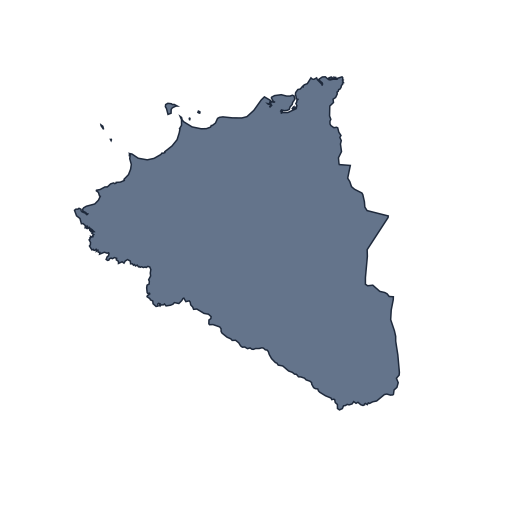 Macomia, Cabo Delgado, Mozambique, rotated 247°
{"feature_id": "85939544B2345621089228", "entity_name": "Macomia", "entity_type": "district", "adm_level": 2, "iso_a3": "MOZ", "parent_name": "Mozambique", "parent_adm1": "Cabo Delgado", "projection": "albers", "projection_center": [40.255, -12.036], "detail": "fine", "context": "isolated", "style": "filled", "palette": "slate", "viewbox_px": 512, "rotation_deg": 247, "n_neighbors": 0, "source": "geoboundaries", "source_scale": "gbopen_adm2", "svg_char_len": 6142}
<svg xmlns="http://www.w3.org/2000/svg" viewBox="0 0 512 512"><g transform="rotate(247 256 256)"><path d="M381.3,404.3L383.5,404.1L383.9,405.1L384.6,404.7L386.1,405.5L387.3,405.2L387.9,398.5L387.0,400.6L387.1,399.4L388.6,396.0L389.1,393.0L390.0,391.8L393.9,389.8L394.9,387.0L394.1,383.0L392.3,383.2L389.7,384.6L388.3,384.5L387.0,383.4L388.2,383.8L394.2,381.4L396.3,381.4L396.0,378.3L396.9,376.9L398.5,376.2L394.6,370.6L394.7,367.4L394.3,366.1L393.3,365.5L393.9,365.0L392.4,362.0L392.9,359.6L391.0,356.4L389.5,355.5L384.9,354.7L384.1,355.1L383.8,356.4L383.3,354.5L381.6,353.5L380.9,352.3L378.5,352.4L375.9,350.6L375.6,341.3L377.4,337.0L379.7,336.4L379.5,336.0L377.8,336.3L377.5,335.4L377.9,335.1L378.4,335.9L379.7,335.3L380.5,336.5L378.7,338.9L377.9,341.5L377.9,343.8L379.9,345.6L381.4,348.6L382.9,349.6L385.2,353.0L388.5,353.6L389.8,352.3L389.9,349.9L391.3,346.6L394.6,342.3L396.4,335.8L396.1,332.4L395.5,331.9L391.4,332.4L390.2,333.7L390.9,331.9L392.2,330.7L390.6,328.9L388.5,329.3L387.7,327.2L388.2,327.1L388.7,328.3L390.2,328.1L390.9,326.6L391.8,326.2L390.8,327.7L393.6,330.1L399.2,325.9L397.6,321.8L390.9,310.9L387.8,302.1L388.6,296.9L392.4,288.2L397.0,279.9L397.9,276.6L397.7,274.4L394.2,270.6L393.2,266.7L393.6,265.8L392.4,264.5L392.6,260.1L394.5,255.3L399.8,247.6L407.8,241.9L410.3,241.2L412.6,241.6L414.1,240.7L410.6,240.7L405.4,238.5L403.1,235.4L402.7,235.7L399.3,233.4L393.9,228.8L390.1,221.7L387.7,212.8L386.8,212.6L386.9,210.5L387.5,209.7L386.6,208.0L385.7,200.3L387.0,193.5L392.0,185.8L398.3,181.7L399.7,179.7L398.5,179.9L398.1,179.4L398.8,179.1L397.8,178.6L397.3,179.2L394.9,177.8L389.0,177.0L384.9,174.5L380.7,170.4L378.2,164.5L377.0,164.3L377.0,159.9L378.4,156.1L377.8,155.7L377.8,154.3L378.9,153.4L379.2,150.4L377.7,146.2L378.6,143.9L378.1,138.4L378.9,134.9L378.4,134.5L376.1,135.8L372.5,135.4L371.8,136.0L368.9,132.7L366.9,127.9L368.1,119.3L367.7,116.2L366.7,114.6L364.9,114.3L362.5,116.3L361.0,116.6L360.5,117.6L360.1,117.1L360.3,116.2L362.0,115.8L364.5,113.2L365.9,112.7L367.5,113.1L369.1,111.7L368.7,110.3L369.5,108.6L369.0,106.8L363.1,106.5L359.3,108.6L353.9,107.9L353.4,109.5L350.6,110.8L348.7,109.7L348.4,110.5L349.6,111.1L349.5,112.3L348.6,112.4L348.4,111.3L347.5,111.0L347.0,111.8L347.3,113.7L344.7,113.1L344.7,113.6L346.2,114.2L344.4,115.3L343.9,113.5L342.8,113.6L342.5,114.2L343.6,115.6L341.6,116.5L341.9,114.9L341.0,113.8L339.0,115.0L338.5,113.6L337.5,113.5L337.7,112.3L338.7,111.4L337.6,111.1L337.6,110.2L336.6,110.0L336.1,108.7L333.2,109.0L331.0,107.9L330.3,106.6L325.7,107.3L325.7,108.8L324.6,109.0L324.2,109.8L324.7,111.5L324.0,111.7L322.7,110.9L323.0,112.7L321.2,112.3L320.3,113.7L318.8,112.7L318.7,117.9L316.7,120.1L316.6,121.6L315.6,121.6L313.8,120.3L313.5,118.8L311.4,116.7L309.9,117.7L309.7,118.9L310.7,120.1L310.7,121.8L309.6,122.8L309.9,125.0L308.3,126.8L307.1,125.9L304.8,127.3L302.9,126.5L303.0,130.5L301.0,131.7L302.5,133.7L302.9,136.4L300.4,138.3L297.8,137.5L297.1,139.2L295.4,139.6L295.6,140.8L293.9,141.2L294.0,143.1L291.9,143.6L291.7,144.7L290.9,144.9L290.8,146.5L289.4,147.8L289.2,149.6L288.3,150.4L288.7,152.4L287.4,153.9L284.6,153.9L281.6,152.0L278.8,151.2L276.1,147.9L274.3,147.9L272.0,146.7L271.7,144.3L269.4,142.9L264.8,141.5L263.9,141.7L263.4,143.4L262.6,143.4L261.9,140.5L261.1,139.8L258.3,141.6L256.8,141.7L255.0,143.4L252.3,142.6L248.6,144.3L248.2,146.2L250.2,146.8L250.5,147.9L249.5,149.0L248.4,147.9L247.4,148.1L248.1,149.4L247.2,151.7L247.6,153.0L245.2,153.7L244.1,158.1L244.1,160.8L245.0,162.7L242.4,166.4L244.0,170.3L245.4,172.1L245.4,173.1L241.4,173.6L240.8,177.0L239.3,177.4L236.5,176.8L233.7,177.8L231.3,177.7L230.3,180.8L223.5,185.7L221.0,189.5L217.7,191.0L216.0,189.9L215.5,187.7L212.0,186.1L210.9,186.4L209.7,189.6L204.9,194.9L202.7,195.4L200.1,194.4L198.2,194.6L192.6,197.6L189.6,200.4L187.6,201.1L186.4,204.3L182.8,206.2L179.3,206.7L177.4,207.8L176.6,210.1L174.0,212.0L173.7,214.6L171.8,215.8L171.1,217.1L171.0,219.5L169.6,222.7L169.2,225.6L168.2,226.9L166.0,227.9L165.1,229.4L163.3,230.0L160.2,229.7L155.5,230.2L150.3,232.2L149.2,233.4L146.9,233.8L144.4,237.6L137.4,241.1L134.7,244.0L132.2,245.3L131.3,247.0L128.2,247.9L127.2,250.0L124.6,252.9L122.4,253.7L119.7,256.7L117.8,257.7L116.3,257.2L112.3,257.6L110.7,258.8L109.5,260.9L107.4,260.8L105.6,261.5L100.1,265.4L96.0,269.5L94.2,269.6L93.8,271.6L93.1,272.3L90.1,271.7L87.5,272.9L83.8,271.4L81.7,272.7L81.8,275.9L83.9,278.0L83.4,279.9L83.8,281.9L82.6,283.5L82.3,286.7L83.8,289.1L81.3,290.5L81.5,292.7L78.2,294.3L76.6,296.1L76.6,297.8L77.3,298.0L77.6,299.0L75.7,300.4L76.9,302.0L75.9,303.0L76.2,306.4L75.4,310.4L78.3,320.1L77.8,322.5L75.4,325.4L74.7,327.6L75.0,328.5L78.7,330.7L80.0,334.4L83.8,337.4L88.6,337.5L90.4,341.2L92.8,342.5L109.5,347.9L123.0,351.3L127.5,353.2L133.1,354.2L144.8,355.1L153.5,359.4L162.2,365.3L164.8,366.5L166.7,362.8L170.0,361.9L172.1,360.2L175.1,356.1L183.5,352.1L185.0,347.1L187.3,345.7L193.4,348.3L212.2,358.4L218.4,360.8L239.8,392.6L241.2,393.4L254.4,376.0L258.5,375.3L263.6,377.0L270.7,378.3L272.6,378.1L278.9,372.8L282.5,371.0L287.9,371.4L291.8,370.8L302.5,378.2L307.6,368.4L308.7,368.5L314.2,370.3L318.7,375.5L326.1,377.5L328.9,379.6L332.4,379.5L333.7,381.3L337.6,380.6L342.0,381.3L343.0,380.5L343.7,377.8L346.8,375.9L348.6,375.7L351.1,376.7L352.6,378.3L356.1,378.4L365.2,382.5L367.0,387.3L370.2,388.2L370.8,391.2L373.4,394.1L375.2,394.6L375.5,396.1L376.9,397.1L376.7,398.2L377.9,400.1L379.6,401.3L380.3,402.9L381.4,403.2L381.3,404.3ZM426.7,231.2L420.7,230.3L420.6,233.6L424.1,235.2L425.1,236.9L425.3,240.8L424.8,242.1L427.5,239.9L428.1,238.2L429.3,237.5L431.0,234.5L430.7,232.0L428.8,230.9L426.7,231.2ZM389.1,396.5L391.4,395.2L391.5,392.7L391.1,392.2L389.9,393.0L389.1,396.5ZM437.3,164.5L436.4,164.3L432.1,165.2L435.3,165.7L437.3,164.5ZM410.7,260.7L411.9,259.6L410.9,258.6L409.6,259.6L409.6,260.3L410.7,260.7ZM378.6,349.4L378.5,348.6L377.2,346.4L377.4,349.0L378.6,349.4ZM390.0,397.8L389.3,397.9L390.0,396.8L389.0,397.8L388.9,399.7L390.0,397.8ZM408.5,249.0L408.9,248.6L408.5,248.2L406.8,248.0L408.5,249.0ZM377.9,351.5L376.3,349.3L376.0,349.4L376.3,350.5L377.9,351.5ZM419.9,168.4L420.2,167.6L418.8,167.7L419.4,168.3L419.9,168.4Z" fill="#64748b" stroke="#1e293b" stroke-width="1.5"/></g></svg>